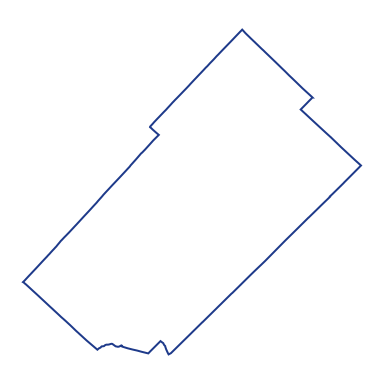 Balaceanu, Buzau, Romania
{"feature_id": "2599482B52608933480598", "entity_name": "Balaceanu", "entity_type": "district", "adm_level": 2, "iso_a3": "ROU", "parent_name": "Romania", "parent_adm1": "Buzau", "projection": "albers", "projection_center": [27.123, 45.25], "detail": "fine", "context": "isolated", "style": "outline", "palette": "blue", "viewbox_px": 384, "rotation_deg": 0, "n_neighbors": 0, "source": "geoboundaries", "source_scale": "gbopen_adm2", "svg_char_len": 2645}
<svg xmlns="http://www.w3.org/2000/svg" viewBox="0 0 384 384"><path d="M148.3,353.4L150.1,351.5L154.0,347.6L159.8,341.8L160.5,341.1L162.3,342.5L163.2,343.1L163.4,343.4L163.8,344.4L164.4,345.3L164.9,345.7L165.2,346.1L165.3,346.8L166.2,349.4L167.8,352.9L168.6,354.4L170.9,353.2L202.4,322.2L202.5,322.2L231.6,293.5L232.2,293.1L250.0,275.5L250.2,275.3L254.0,271.6L265.0,261.1L285.3,240.5L296.3,229.7L308.4,217.7L308.5,217.7L315.2,211.2L320.7,205.8L330.1,196.7L329.9,196.4L332.2,194.3L343.8,182.9L343.9,182.7L346.1,180.5L346.4,180.2L349.0,177.6L361.0,165.5L355.1,160.2L340.9,147.0L331.4,137.8L326.0,132.9L313.1,121.0L300.7,109.5L306.7,103.4L309.3,100.7L311.3,98.7L312.4,97.5L312.5,97.5L312.0,97.0L306.0,91.5L302.4,88.2L292.8,78.9L289.2,75.5L284.3,70.6L282.3,68.7L278.1,64.6L269.7,56.5L265.1,52.1L263.2,50.2L262.7,49.8L261.1,48.3L257.7,45.0L250.8,38.4L249.4,37.0L246.8,34.5L245.2,32.9L243.6,31.1L242.2,29.6L241.8,30.0L241.7,30.1L241.6,30.3L240.2,31.7L235.7,36.4L233.8,38.4L228.7,43.7L225.6,46.9L222.5,50.1L222.4,50.2L218.4,54.4L216.6,56.2L213.9,59.2L210.0,63.2L209.2,64.1L207.2,66.3L205.8,67.6L203.6,70.0L194.1,80.0L189.7,84.7L189.6,84.9L186.2,88.5L182.6,92.2L177.0,98.0L175.9,99.1L174.8,100.2L173.8,101.3L172.7,102.4L170.2,105.2L169.0,106.5L167.7,107.9L166.0,109.8L165.4,110.4L164.7,111.1L163.8,112.0L157.0,119.1L153.8,122.5L153.3,123.1L152.8,123.7L150.4,126.3L150.1,126.7L150.0,127.1L151.3,128.2L152.5,129.4L154.3,131.0L156.1,132.6L158.8,134.9L153.2,140.5L150.0,144.1L145.3,149.3L142.9,151.8L141.9,152.8L141.0,153.5L140.1,154.6L135.6,159.8L130.4,165.6L130.0,166.3L119.6,177.5L112.3,185.2L105.6,192.4L103.4,194.8L102.1,196.4L98.0,201.0L96.6,202.7L93.9,205.6L88.6,211.4L84.3,216.0L76.3,224.7L74.5,226.6L69.3,232.2L65.8,235.8L64.2,237.4L61.4,240.4L61.1,240.6L59.4,242.7L56.8,245.8L56.7,246.0L56.4,246.4L56.3,246.5L55.3,247.5L54.6,248.3L53.5,249.5L52.6,250.4L52.1,251.0L51.7,251.4L50.0,253.3L49.6,253.8L49.1,254.3L48.6,254.8L47.3,256.2L47.2,256.4L46.8,256.8L46.4,257.2L44.6,259.1L41.6,262.3L36.9,267.4L33.7,270.8L28.8,276.0L26.2,278.8L25.4,279.7L23.4,281.8L23.2,281.9L23.0,282.1L23.7,282.5L24.2,282.9L24.8,283.5L25.6,284.1L30.2,288.3L31.6,289.6L33.0,290.9L36.2,293.8L40.6,297.9L49.3,306.0L54.5,310.8L57.1,313.2L60.5,316.4L60.8,316.7L66.0,321.3L68.9,324.0L69.9,324.9L75.9,330.7L86.5,340.4L97.4,349.7L99.0,348.3L100.5,347.6L101.4,346.6L101.9,346.3L102.9,346.3L104.0,346.1L105.2,345.1L106.2,344.7L108.6,344.6L111.3,343.8L112.3,343.9L115.6,346.3L118.0,346.8L119.3,346.5L121.3,345.4L121.9,345.7L121.6,346.3L122.8,346.8L127.7,348.3L132.9,349.6L137.3,350.6L141.7,351.8L145.8,352.8L147.4,353.2L148.3,353.4Z" fill="none" stroke="#1e3a8a" stroke-width="2"/></svg>